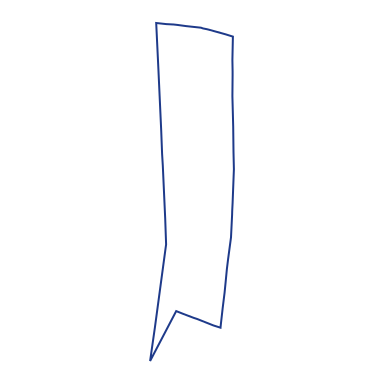 Monsenhor Hipólito, Piauí, Brazil
{"feature_id": "56859067B86730196244665", "entity_name": "Monsenhor Hipólito", "entity_type": "district", "adm_level": 2, "iso_a3": "BRA", "parent_name": "Brazil", "parent_adm1": "Piauí", "projection": "equal_earth", "projection_center": [-41.027, -6.94], "detail": "fine", "context": "isolated", "style": "outline", "palette": "blue", "viewbox_px": 384, "rotation_deg": 0, "n_neighbors": 0, "source": "geoboundaries", "source_scale": "gbopen_adm2", "svg_char_len": 661}
<svg xmlns="http://www.w3.org/2000/svg" viewBox="0 0 384 384"><path d="M232.9,36.6L225.5,34.3L221.2,33.1L208.9,29.7L206.9,29.2L202.9,28.4L201.0,27.7L186.1,26.1L177.2,24.9L173.6,24.5L166.2,24.1L156.2,23.0L158.4,69.2L161.2,130.4L162.1,154.0L162.8,165.6L164.9,212.0L165.2,218.5L166.1,244.4L154.9,327.5L150.1,361.0L176.2,311.1L183.5,314.0L193.8,317.9L197.2,319.0L200.7,320.4L213.3,325.4L220.5,327.7L220.9,323.9L222.7,307.9L224.6,292.5L225.6,282.4L226.9,268.9L228.1,259.1L231.0,237.4L232.1,214.8L232.2,211.0L232.6,203.0L233.9,169.2L233.5,152.0L233.2,126.8L232.4,96.1L232.6,75.2L232.6,71.5L232.4,60.0L232.9,36.6Z" fill="none" stroke="#1e3a8a" stroke-width="2"/></svg>